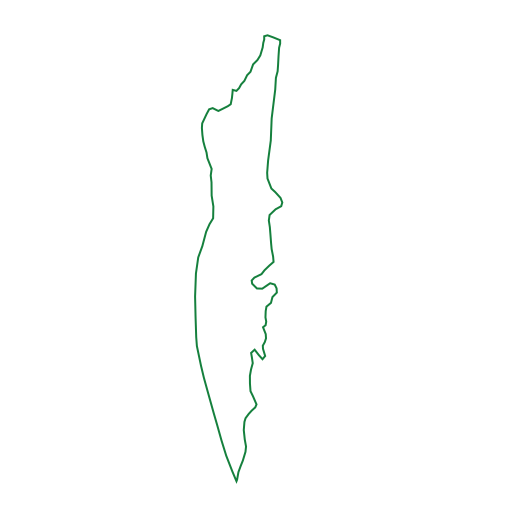 Dorotea, Västerbotten, Sweden (Robinson projection), rotated 244°
{"feature_id": "70781695B84383625110676", "entity_name": "Dorotea", "entity_type": "district", "adm_level": 2, "iso_a3": "SWE", "parent_name": "Sweden", "parent_adm1": "Västerbotten", "projection": "robinson", "projection_center": [15.922, 64.466], "detail": "fine", "context": "isolated", "style": "outline", "palette": "green", "viewbox_px": 512, "rotation_deg": 244, "n_neighbors": 0, "source": "geoboundaries", "source_scale": "gbopen_adm2", "svg_char_len": 1800}
<svg xmlns="http://www.w3.org/2000/svg" viewBox="0 0 512 512"><g transform="rotate(244 256 256)"><path d="M439.4,372.3L445.1,367.2L449.3,363.1L449.9,359.7L447.0,358.3L444.4,356.0L440.5,353.4L434.4,347.8L431.5,343.2L429.5,337.4L424.0,331.8L422.4,327.3L418.5,322.3L416.8,317.9L414.3,314.4L413.0,310.8L415.5,307.9L412.0,305.8L408.5,303.6L403.5,299.8L403.0,296.4L402.9,290.0L402.9,285.7L407.9,281.9L408.1,280.4L408.4,278.2L405.3,273.9L398.8,265.8L394.8,263.5L388.3,260.9L382.2,258.9L376.7,257.8L370.7,256.9L365.2,255.2L353.7,254.3L348.2,250.6L341.7,248.3L329.7,242.6L319.2,239.4L308.7,234.0L305.0,228.2L299.6,221.8L288.4,212.1L280.1,203.5L266.7,194.4L246.3,183.5L227.8,175.0L209.3,166.7L201.0,163.4L181.6,158.5L169.5,155.8L156.1,153.3L133.2,149.1L121.1,147.0L105.2,144.1L89.6,141.7L72.8,140.3L62.1,139.7L63.2,140.9L69.5,145.5L74.1,150.3L77.9,154.5L84.6,160.7L89.1,163.5L96.1,165.5L104.9,168.7L112.0,172.9L114.8,175.5L117.2,180.1L118.9,184.3L120.3,189.0L122.4,191.4L131.2,191.8L136.9,191.8L143.9,194.6L151.0,198.0L156.2,201.8L161.1,206.1L166.8,207.9L171.0,209.1L172.4,213.7L165.7,215.1L160.4,216.6L162.1,220.4L169.5,221.6L172.4,222.8L174.8,226.2L177.6,228.9L181.5,230.5L188.9,231.1L189.6,234.3L192.5,236.4L196.7,237.6L202.3,240.6L205.9,243.2L207.3,248.9L211.9,252.8L214.0,258.7L217.9,260.3L222.1,260.3L225.3,256.8L223.9,247.3L226.4,242.6L232.8,240.4L235.9,241.4L237.3,245.1L237.3,253.0L239.5,257.5L241.6,264.0L243.0,269.2L247.9,271.1L255.4,273.1L260.7,275.1L268.5,278.2L275.9,281.1L282.3,283.1L286.9,286.2L289.4,294.1L289.7,300.5L292.6,303.1L297.5,303.5L305.0,301.3L309.9,299.4L320.6,300.3L325.9,302.5L336.6,308.8L353.3,319.9L372.8,330.4L397.1,346.2L407.4,352.0L412.4,356.3L412.7,356.5L417.7,359.4L426.0,364.0L433.1,368.1L436.3,370.8L439.4,372.3Z" fill="none" stroke="#15803d" stroke-width="2"/></g></svg>